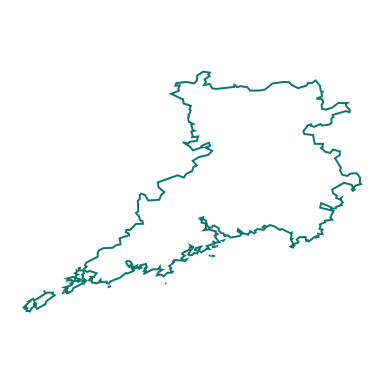 outline of Skibbereen-West Cork Lea-5, Cork, Ireland
{"feature_id": "5873133B33035753150692", "entity_name": "Skibbereen-West Cork Lea-5", "entity_type": "district", "adm_level": 2, "iso_a3": "IRL", "parent_name": "Ireland", "parent_adm1": "Cork", "projection": "equal_earth", "projection_center": [-9.179, 51.623], "detail": "fine", "context": "isolated", "style": "outline", "palette": "teal", "viewbox_px": 384, "rotation_deg": 0, "n_neighbors": 0, "source": "geoboundaries", "source_scale": "gbopen_adm2", "svg_char_len": 5979}
<svg xmlns="http://www.w3.org/2000/svg" viewBox="0 0 384 384"><path d="M315.7,80.4L312.1,83.0L308.2,82.9L306.6,85.6L298.0,88.1L291.4,84.8L289.1,82.2L283.9,81.9L272.4,83.5L264.9,89.6L258.9,90.6L250.1,90.6L247.3,87.3L240.7,86.1L237.1,87.1L234.4,84.8L234.1,86.9L216.9,88.9L212.3,88.5L209.8,84.0L204.1,85.0L206.0,81.9L204.6,79.4L209.6,76.0L208.3,74.4L209.9,72.6L203.2,71.7L197.1,75.6L197.0,80.2L194.3,83.4L186.2,81.9L176.4,83.2L175.4,85.6L179.8,85.4L178.3,88.7L178.9,90.7L171.2,93.9L183.0,99.4L183.6,103.5L190.9,105.8L189.5,109.3L190.6,110.3L190.0,112.6L188.4,114.8L189.1,116.6L188.0,117.3L188.8,122.0L193.3,123.9L191.2,124.9L192.6,129.8L194.5,130.7L191.3,131.7L192.7,135.9L192.1,137.3L198.2,136.5L196.6,140.9L189.8,141.8L188.4,143.4L182.9,142.2L190.3,147.0L192.8,150.3L202.3,147.3L201.4,146.3L202.6,145.3L209.0,142.8L210.0,146.0L205.6,147.5L212.2,150.9L208.4,154.8L198.9,157.1L192.7,160.9L196.7,165.3L193.4,167.2L192.3,170.9L186.1,174.0L183.8,177.6L177.6,175.3L157.7,182.4L158.7,187.4L164.3,192.2L161.2,195.0L159.3,199.7L148.2,200.5L144.9,194.9L141.1,193.7L139.7,195.5L139.8,199.2L137.8,200.6L138.3,211.2L135.9,213.0L138.7,215.9L140.3,220.4L142.4,220.9L143.0,223.7L135.9,224.0L130.3,229.9L126.4,230.0L125.8,232.3L128.8,233.5L129.1,235.3L119.7,238.2L120.6,244.3L116.2,245.1L112.8,247.7L103.3,248.2L99.2,250.2L97.7,252.4L97.8,256.6L86.3,262.7L84.9,265.4L86.6,266.7L84.0,269.0L84.2,270.2L87.3,272.0L89.5,270.8L96.5,273.2L94.0,276.9L90.4,276.7L91.2,277.8L88.5,280.8L92.0,279.2L91.6,282.3L96.4,283.4L98.5,282.7L100.5,279.8L100.7,282.1L106.7,281.7L106.7,283.4L109.1,283.6L110.0,281.6L120.3,277.5L126.0,272.9L127.7,273.5L133.8,270.7L131.6,268.2L131.9,264.8L128.9,265.9L129.7,267.7L126.9,264.1L126.1,262.0L126.9,261.0L130.1,261.3L132.2,264.1L133.0,267.4L136.9,265.7L136.2,268.0L138.8,267.3L139.2,268.7L141.4,267.8L140.1,265.5L145.9,263.9L146.5,266.6L145.4,267.9L146.3,267.8L144.1,270.9L146.2,270.8L146.4,271.4L143.4,274.2L152.9,269.3L157.9,269.3L159.8,266.8L159.9,269.3L162.3,269.7L158.3,272.3L157.0,275.4L160.5,274.5L163.7,276.1L167.5,272.7L172.0,272.7L172.8,271.7L171.3,271.4L170.2,269.1L171.3,268.1L169.3,266.1L174.1,262.0L173.2,261.4L174.4,260.1L181.9,260.5L182.4,258.9L181.4,258.1L184.8,255.7L182.3,254.2L182.5,253.1L189.4,249.5L189.8,247.4L191.3,247.0L190.4,245.5L193.3,247.0L188.1,254.3L189.3,255.3L192.2,255.0L194.3,252.9L197.2,253.5L198.0,251.7L197.2,250.5L194.8,249.9L195.9,248.1L201.0,246.7L198.6,250.2L201.4,252.3L206.9,248.8L209.4,249.0L206.8,246.1L214.5,243.6L212.7,241.1L215.0,242.7L219.5,242.2L215.1,237.1L216.0,235.8L215.0,235.3L217.6,233.8L215.6,232.9L215.8,231.4L209.0,229.5L203.9,230.1L206.0,228.0L205.8,223.7L201.4,222.4L202.0,220.7L199.6,218.5L203.0,217.3L202.6,218.9L205.9,220.5L207.1,225.5L208.9,227.6L211.8,227.5L212.8,225.8L214.2,225.5L218.9,228.5L218.8,230.4L221.3,233.2L223.4,233.3L224.0,235.1L225.3,234.9L225.1,236.1L228.1,235.4L230.5,237.6L239.6,236.0L241.6,234.2L237.6,231.0L238.1,229.2L243.5,233.4L247.6,234.3L250.8,232.0L249.4,230.5L254.2,233.4L255.7,232.1L254.9,230.7L257.1,229.1L263.8,229.8L265.1,228.3L262.8,227.1L264.5,225.6L266.7,226.8L269.8,225.1L274.1,226.2L279.9,229.9L282.0,229.0L290.2,233.2L291.7,232.6L290.9,239.0L292.3,238.9L291.3,240.4L293.4,244.3L290.5,246.5L292.8,247.6L294.5,245.2L293.8,244.0L298.0,242.8L298.4,241.7L296.8,239.8L298.9,237.3L305.5,236.9L306.3,241.1L308.0,240.2L308.9,241.4L314.9,236.7L316.3,236.4L316.3,237.4L317.4,236.8L317.8,237.2L318.2,237.2L318.6,236.9L318.1,233.7L322.5,234.2L321.5,231.1L322.5,229.6L319.5,228.9L320.6,225.7L319.9,224.5L325.3,222.1L325.0,220.7L332.2,219.7L330.3,217.6L333.5,211.0L320.1,207.6L321.2,203.1L331.3,207.3L330.9,208.8L336.0,208.3L336.3,206.8L341.5,205.1L340.9,204.2L342.8,202.5L340.7,199.7L341.4,197.9L339.5,199.3L336.2,197.9L336.7,195.5L333.0,193.2L332.2,189.5L344.0,182.8L351.7,184.8L353.1,188.2L351.7,189.5L352.8,190.8L354.7,189.8L353.6,187.8L355.7,185.5L361.0,184.1L359.9,182.7L360.0,177.7L356.9,173.3L350.4,173.6L347.5,175.9L342.3,174.7L340.0,170.4L341.0,167.9L335.0,158.2L339.7,155.2L339.9,151.4L332.8,149.5L330.4,152.9L325.5,151.9L321.1,148.0L322.3,147.6L322.9,143.9L314.7,143.8L313.1,135.1L304.3,134.0L303.4,131.3L307.9,125.3L311.2,124.4L311.0,125.7L314.1,126.8L320.5,124.0L321.9,125.5L328.5,124.8L331.5,123.1L331.5,118.4L333.4,116.9L332.6,114.9L345.9,111.1L349.4,112.3L349.9,110.1L346.4,106.4L345.9,104.0L347.2,103.1L338.3,102.9L332.2,107.7L325.8,109.6L322.1,108.8L321.6,104.9L323.2,102.5L322.5,99.4L316.4,98.6L322.1,96.4L321.4,92.4L322.6,91.9L320.6,90.4L319.9,85.8L315.7,80.4ZM46.8,292.7L34.1,300.7L33.1,298.8L28.7,301.4L29.8,301.7L23.0,307.9L27.0,306.6L25.5,307.5L27.0,308.1L26.0,308.8L27.0,308.9L26.6,311.1L30.1,311.0L29.5,312.3L31.5,308.3L34.3,306.4L33.8,304.1L34.7,302.8L36.2,303.5L35.5,306.2L37.0,308.8L45.6,304.0L46.0,301.5L54.6,295.2L52.5,294.1L52.9,292.7L46.8,292.7ZM73.3,288.1L82.3,283.6L83.5,283.7L82.1,281.2L82.8,280.5L84.9,282.1L86.3,280.8L82.6,277.7L83.1,275.6L82.1,274.7L84.0,273.2L83.1,270.5L78.8,270.2L75.0,273.3L77.7,274.6L76.1,275.4L75.7,277.9L80.6,279.5L79.5,281.3L77.2,282.2L78.7,280.8L74.4,280.9L75.4,278.3L73.5,276.9L66.8,278.5L68.6,279.1L67.5,280.5L71.4,279.9L72.8,281.0L71.9,281.9L73.5,281.6L71.1,283.7L72.4,284.0L71.8,285.1L64.6,287.4L67.0,287.9L65.1,289.8L66.8,289.4L65.3,291.6L66.8,293.2L67.5,291.8L68.1,292.9L72.0,291.0L73.3,288.1ZM182.6,260.8L185.3,260.9L186.5,259.4L182.6,260.8ZM214.5,246.2L212.0,247.2L215.8,246.7L214.5,246.2ZM133.9,269.2L134.6,267.5L133.3,268.3L133.9,269.2ZM108.9,286.9L111.2,285.9L107.7,287.5L108.9,286.9ZM79.8,267.9L78.7,268.1L78.6,269.4L79.5,269.0L79.8,267.9ZM212.7,255.8L211.5,256.6L213.3,256.0L212.7,255.8ZM76.8,269.5L75.6,270.0L76.8,269.5ZM223.2,241.0L223.7,240.3L222.5,240.7L223.2,241.0ZM62.8,293.2L64.1,292.2L62.3,293.3L62.8,293.2ZM210.4,255.2L209.9,255.4L209.2,256.3L210.4,255.2ZM217.3,246.2L216.4,246.3L217.7,246.5L217.3,246.2ZM44.4,291.6L44.4,291.2L43.6,291.5L44.4,291.6ZM165.1,283.7L166.4,283.3L165.6,283.5L165.1,283.7ZM247.7,234.9L249.0,234.6L247.3,234.9L247.7,234.9Z" fill="none" stroke="#0f766e" stroke-width="2"/></svg>